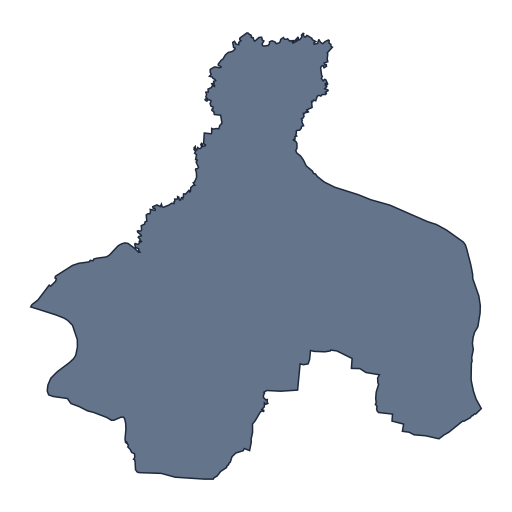 outline of Si Narong, Surin, Thailand
{"feature_id": "78962969B85026049699572", "entity_name": "Si Narong", "entity_type": "district", "adm_level": 2, "iso_a3": "THA", "parent_name": "Thailand", "parent_adm1": "Surin", "projection": "robinson", "projection_center": [103.876, 14.794], "detail": "fine", "context": "isolated", "style": "filled", "palette": "slate", "viewbox_px": 512, "rotation_deg": 0, "n_neighbors": 0, "source": "geoboundaries", "source_scale": "gbopen_adm2", "svg_char_len": 5934}
<svg xmlns="http://www.w3.org/2000/svg" viewBox="0 0 512 512"><path d="M471.7,357.5L473.3,349.5L472.4,343.4L473.1,337.4L474.6,332.2L477.9,326.7L480.1,312.9L480.3,305.6L478.8,295.8L472.8,278.8L472.6,274.1L470.8,264.8L466.6,248.6L465.3,244.8L463.4,242.1L446.6,230.1L436.4,224.5L427.2,221.5L389.8,205.1L370.7,199.7L358.3,194.7L334.7,187.2L324.2,182.0L317.2,176.4L315.4,173.9L313.5,173.4L312.5,171.1L306.2,165.9L303.4,160.0L300.6,156.0L296.7,152.9L295.8,150.6L297.0,148.1L296.9,143.2L295.5,141.0L293.8,140.5L293.4,139.6L295.1,139.0L294.9,136.7L296.7,136.0L295.7,134.9L296.4,133.5L296.2,131.2L297.4,130.3L299.6,130.2L301.1,128.5L301.6,126.4L303.6,125.7L301.8,121.7L302.3,120.2L301.4,118.8L302.8,118.2L304.0,116.5L303.4,113.4L304.4,113.6L306.3,111.5L307.0,111.6L307.0,112.4L308.4,111.9L306.9,109.8L312.1,107.5L311.6,101.5L312.7,101.7L313.5,100.1L315.7,100.8L317.4,96.0L319.3,95.4L320.9,96.1L322.2,94.5L325.6,94.5L326.4,93.4L325.5,92.2L328.1,90.6L328.0,90.0L324.7,88.7L326.7,86.7L325.3,85.3L325.3,83.6L325.8,83.3L326.7,85.1L327.7,84.1L325.9,79.9L324.6,79.3L323.2,80.9L321.4,78.5L322.3,76.3L321.6,75.2L320.6,67.5L322.3,65.6L323.2,65.7L324.0,67.8L326.5,66.3L326.3,64.6L324.8,64.7L324.2,63.0L327.8,61.7L327.2,58.8L327.8,54.1L327.2,53.0L332.4,47.2L331.0,46.5L330.9,44.4L329.0,43.1L329.2,40.5L328.3,40.0L324.9,41.7L322.8,43.7L320.5,42.3L319.1,39.9L318.6,39.9L317.6,43.4L314.1,44.2L313.9,42.6L315.7,41.5L312.2,39.6L312.0,38.4L307.3,35.5L306.5,35.5L305.7,37.1L304.3,36.8L303.2,34.9L303.8,33.6L303.1,33.3L301.4,35.2L301.9,37.1L299.4,39.9L298.2,39.9L298.3,37.5L297.9,37.3L295.6,39.8L295.9,40.5L297.0,40.2L296.9,41.1L292.9,43.1L292.3,42.1L294.3,40.6L290.9,40.7L289.8,41.3L287.6,38.7L286.6,39.3L284.5,39.2L283.4,37.5L280.7,39.4L280.2,41.7L279.1,42.9L276.2,43.6L275.0,41.9L272.0,40.8L269.5,41.8L269.4,44.1L268.0,45.5L263.7,46.1L262.5,45.4L262.1,44.0L263.9,41.0L262.4,40.1L261.6,37.2L259.0,37.4L254.8,41.2L253.8,40.2L253.2,37.7L251.3,37.4L251.5,36.2L250.7,34.8L249.7,34.8L248.2,33.1L246.9,32.9L239.9,38.0L239.7,39.7L241.0,40.8L238.9,42.2L238.7,44.6L236.2,44.2L234.5,41.3L232.7,42.4L233.6,47.5L235.1,48.1L234.9,49.3L232.5,51.4L228.2,52.5L225.4,54.9L223.0,59.0L221.2,60.2L218.2,64.2L218.3,65.2L220.9,66.5L220.9,67.4L219.8,67.7L214.6,66.9L210.2,69.4L210.2,72.2L211.2,74.2L209.4,76.3L212.3,77.0L213.0,78.4L215.0,79.4L215.7,80.6L213.6,81.3L214.0,83.1L211.7,83.7L212.3,84.8L214.4,84.9L214.5,86.4L212.4,85.7L211.3,87.6L208.0,89.1L208.3,92.0L205.8,92.2L206.6,94.7L205.8,96.8L207.4,98.7L205.4,99.0L205.0,99.8L206.4,101.0L207.1,101.0L207.8,99.7L210.8,100.4L211.1,101.4L210.1,103.3L210.9,106.1L213.1,107.0L213.0,108.8L212.0,109.1L211.9,110.5L213.8,111.6L214.3,114.5L220.6,115.2L222.0,123.1L219.7,125.6L218.8,128.8L216.4,128.5L213.6,129.1L211.7,128.4L211.7,132.9L211.2,133.8L204.3,133.0L203.6,143.7L205.6,145.0L205.3,145.8L202.9,146.4L202.4,144.1L201.6,143.3L200.8,144.4L201.7,147.2L200.2,148.6L199.1,148.6L197.7,147.5L196.8,150.0L195.4,148.7L195.3,146.5L194.1,147.7L194.0,149.6L195.6,151.3L194.6,153.2L196.5,154.6L195.6,159.6L197.0,159.7L197.3,160.4L196.1,162.1L198.5,167.3L197.5,168.7L195.9,168.8L195.5,169.4L196.4,172.7L196.6,177.3L194.5,182.0L193.2,182.7L194.8,185.2L193.6,185.1L190.8,187.5L190.4,191.6L189.7,191.9L189.6,190.6L188.9,190.3L185.8,193.9L183.5,193.9L183.4,197.3L182.5,197.5L182.6,198.6L181.5,197.7L180.2,200.3L179.3,199.9L178.8,197.1L177.6,196.6L177.6,198.5L177.0,199.2L174.7,199.1L174.8,201.1L174.0,201.8L174.0,203.6L171.7,203.2L169.3,204.9L163.2,207.3L162.2,206.8L161.4,204.1L160.3,206.6L157.0,204.9L152.7,206.7L153.1,208.2L155.0,208.4L155.1,210.4L150.2,209.4L150.5,211.0L149.9,213.8L148.0,213.7L146.2,215.0L146.8,221.2L145.1,221.8L144.6,224.1L141.2,225.7L141.6,229.6L141.2,230.5L140.0,231.3L138.3,230.6L137.4,231.1L137.7,232.2L141.3,235.2L141.2,236.0L138.9,236.4L138.2,237.3L140.1,239.4L139.8,240.4L141.5,241.4L141.0,242.0L139.2,241.7L139.3,243.5L138.7,244.0L137.5,244.3L135.3,243.5L134.7,244.1L135.5,247.5L138.6,248.7L139.0,251.3L139.9,252.1L138.7,252.3L134.3,248.1L128.0,243.4L124.8,242.9L121.7,243.8L118.2,245.7L109.3,255.2L106.4,256.9L97.0,258.2L93.8,259.0L93.0,260.8L90.3,260.3L89.0,261.9L78.7,263.3L72.5,265.4L55.5,276.2L55.0,278.0L56.3,278.7L55.6,281.3L50.7,286.1L49.2,285.1L38.0,299.9L32.0,304.6L30.7,306.9L55.6,314.8L64.0,318.1L67.6,320.3L72.5,325.3L77.3,339.6L77.4,347.2L75.7,355.4L73.6,358.7L69.4,362.6L57.2,371.8L50.8,378.2L47.9,385.1L47.4,389.1L47.3,391.3L48.7,394.9L53.3,396.5L67.4,398.5L70.9,403.5L79.2,406.6L87.6,410.9L93.6,412.4L106.9,417.5L111.4,420.3L114.0,420.2L120.9,417.2L123.4,417.1L124.7,418.9L125.7,423.7L125.9,429.5L125.0,439.1L125.5,442.3L126.1,442.8L126.5,442.0L127.2,442.9L127.0,443.5L128.4,445.1L127.8,446.9L130.2,449.4L131.6,452.4L134.5,453.7L134.8,457.2L133.6,459.3L134.6,459.6L135.1,461.9L135.5,469.7L137.2,472.0L138.8,472.6L161.3,473.4L175.2,477.2L204.1,479.1L213.3,479.1L214.2,477.6L216.9,476.2L220.7,471.4L226.6,467.5L227.1,465.6L228.6,464.8L228.8,463.5L230.3,462.1L232.0,456.7L235.9,453.0L243.2,450.7L244.3,448.5L249.6,450.6L251.3,441.9L251.1,439.3L252.6,432.2L252.5,424.0L255.1,420.9L260.4,411.9L262.2,410.9L263.3,411.5L263.9,411.0L263.6,410.1L262.0,410.2L261.7,409.6L264.3,406.9L264.4,402.9L265.8,404.3L267.9,403.4L267.2,402.4L267.3,399.5L265.7,399.8L263.4,397.3L263.5,395.3L264.5,393.1L263.9,392.2L266.8,390.5L280.7,391.2L297.6,390.1L300.1,363.9L303.4,364.7L308.1,363.9L309.6,359.6L310.5,350.5L314.1,351.4L325.1,351.8L330.3,350.9L330.6,350.1L336.8,350.9L352.1,358.5L351.4,368.4L359.9,368.6L365.9,372.5L379.4,374.8L377.6,378.1L377.9,383.0L378.6,384.3L376.2,392.1L375.7,398.4L376.2,402.8L375.4,404.3L377.1,406.5L376.6,408.9L377.1,410.9L378.5,412.5L392.5,414.1L392.0,421.1L403.6,424.1L402.4,431.3L409.0,432.2L414.1,434.8L425.8,435.8L439.0,438.8L444.2,434.8L448.7,432.3L462.6,421.1L464.0,421.2L470.2,417.8L471.8,415.7L472.7,415.7L474.4,413.9L475.7,414.1L481.3,408.6L476.0,398.9L473.4,391.0L471.5,381.9L471.1,379.2L471.4,363.3L472.1,361.0L471.7,357.5Z" fill="#64748b" stroke="#1e293b" stroke-width="1.5"/></svg>